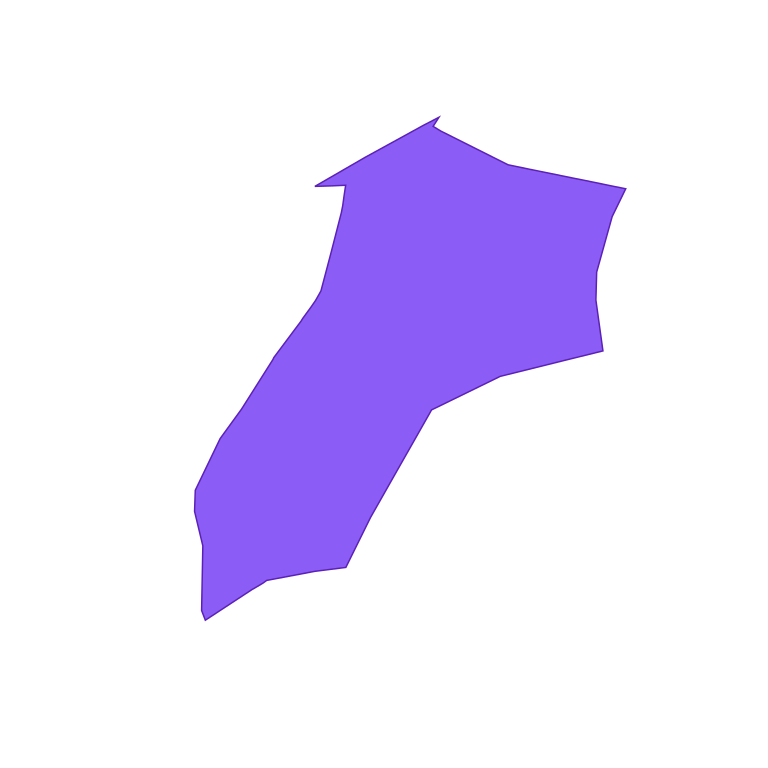 outline of Santiago Apoala, Oaxaca, Mexico, rotated 33°
{"feature_id": "50627088B45537020444974", "entity_name": "Santiago Apoala", "entity_type": "district", "adm_level": 2, "iso_a3": "MEX", "parent_name": "Mexico", "parent_adm1": "Oaxaca", "projection": "albers", "projection_center": [-97.14, 17.639], "detail": "fine", "context": "isolated", "style": "filled", "palette": "violet", "viewbox_px": 768, "rotation_deg": 33, "n_neighbors": 0, "source": "geoboundaries", "source_scale": "gbopen_adm2", "svg_char_len": 943}
<svg xmlns="http://www.w3.org/2000/svg" viewBox="0 0 768 768"><g transform="rotate(33 384 384)"><path d="M218.4,255.9L232.8,245.9L243.6,238.2L245.0,241.3L248.8,249.6L252.2,256.8L255.0,263.8L268.0,302.5L268.1,302.8L280.4,340.2L280.7,344.4L281.1,351.3L280.9,358.8L280.1,373.4L280.2,376.3L279.4,388.3L277.2,421.7L277.3,422.8L277.5,423.7L278.2,482.6L276.3,519.0L283.6,575.9L294.5,594.0L320.2,618.4L354.4,673.3L362.8,679.4L385.6,627.5L385.8,627.3L390.5,617.8L391.0,616.8L392.2,613.6L392.4,613.1L392.6,612.6L428.0,578.8L451.9,558.6L445.4,503.3L442.4,453.7L440.2,416.3L438.0,379.8L465.2,334.5L477.3,314.3L521.4,267.1L549.6,237.0L516.0,198.2L501.4,174.3L484.2,119.4L480.4,88.6L476.4,90.2L475.9,90.4L473.7,91.2L473.3,91.4L471.8,92.0L471.4,92.2L435.2,106.4L432.3,107.6L390.9,123.9L390.5,124.0L390.2,124.2L368.6,132.6L294.1,140.9L284.9,141.2L284.8,130.4L276.6,144.8L244.7,204.2L218.4,255.9Z" fill="#8b5cf6" stroke="#5b21b6" stroke-width="1.5"/></g></svg>